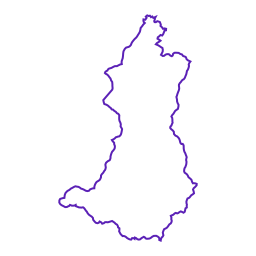 the district of São Carlos, São Paulo, Brazil
{"feature_id": "56859067B32225798808960", "entity_name": "São Carlos", "entity_type": "district", "adm_level": 2, "iso_a3": "BRA", "parent_name": "Brazil", "parent_adm1": "São Paulo", "projection": "orthographic", "projection_center": [-47.873, -21.879], "detail": "fine", "context": "isolated", "style": "outline", "palette": "violet", "viewbox_px": 256, "rotation_deg": 0, "n_neighbors": 0, "source": "geoboundaries", "source_scale": "gbopen_adm2", "svg_char_len": 5269}
<svg xmlns="http://www.w3.org/2000/svg" viewBox="0 0 256 256"><path d="M104.9,73.0L105.7,73.8L106.7,74.2L108.2,75.5L109.5,77.3L110.5,78.5L111.1,80.4L112.2,82.0L112.4,84.3L112.4,85.9L112.6,88.2L112.3,89.6L103.3,100.1L103.7,102.1L104.3,104.0L106.1,104.6L107.1,105.1L108.3,105.9L109.6,107.2L110.7,107.9L111.7,109.4L113.0,109.6L114.3,110.9L115.8,111.8L116.9,113.2L118.3,113.8L119.3,115.3L119.2,117.0L119.2,119.2L119.5,120.9L120.3,122.5L120.8,124.2L120.6,126.5L121.3,127.6L122.1,129.1L121.7,131.3L121.3,133.2L120.8,134.7L119.4,136.3L117.9,136.6L116.8,137.0L115.8,137.3L114.9,138.3L113.5,139.3L111.9,140.0L112.7,141.3L114.1,142.7L114.2,144.3L114.8,145.7L114.9,146.9L114.6,148.6L113.2,150.6L112.2,151.6L111.4,153.4L110.9,155.0L110.5,156.6L110.5,158.0L110.2,159.1L109.7,160.2L107.8,161.2L106.1,162.7L105.4,164.4L105.5,165.7L105.8,167.3L105.5,168.9L105.0,170.1L104.2,171.0L103.6,172.1L102.9,173.1L101.8,174.2L101.0,175.5L101.0,177.2L100.4,178.7L99.7,179.9L98.5,180.8L97.1,181.6L96.3,182.3L95.5,183.6L94.9,184.9L94.4,186.5L94.3,188.3L92.6,188.4L91.3,188.9L90.2,189.3L88.9,190.8L87.3,191.1L85.7,190.7L84.2,189.8L82.5,189.0L81.2,188.7L80.1,187.8L78.6,186.9L76.8,186.6L75.4,186.3L74.2,186.8L71.9,188.1L70.7,188.7L69.8,189.6L68.7,190.3L67.5,190.9L66.7,191.7L65.6,192.9L64.9,194.5L64.6,196.0L64.4,197.9L62.8,198.1L61.2,198.6L60.2,198.9L59.4,200.3L59.3,202.5L60.0,203.8L60.8,204.6L61.8,205.3L63.6,206.2L65.2,207.1L66.9,207.0L68.2,206.3L69.2,205.9L70.0,204.9L72.0,205.7L74.4,205.6L75.7,204.9L75.9,206.2L79.0,207.4L81.5,207.6L83.0,207.3L84.0,208.0L85.0,209.3L85.9,210.7L86.8,211.6L87.5,213.0L88.8,214.6L90.3,215.7L91.7,216.6L92.9,217.9L93.2,219.8L94.4,221.3L95.7,222.7L97.4,223.2L98.7,222.8L99.6,221.5L101.3,222.4L102.2,223.7L103.8,223.2L105.0,222.2L106.3,222.1L107.8,222.3L109.5,221.8L112.1,221.0L113.6,222.0L114.6,222.7L115.6,223.8L117.1,224.7L117.9,226.2L118.1,227.4L119.4,228.3L119.4,230.1L119.1,231.2L119.8,232.6L120.5,233.9L121.4,234.9L122.6,236.1L123.8,236.0L125.0,236.4L126.0,237.0L127.2,238.1L129.0,239.1L130.2,239.5L131.3,239.5L132.1,238.1L133.5,238.1L134.6,238.9L134.9,237.6L136.1,238.1L137.3,239.2L138.8,239.6L140.2,239.3L141.4,238.2L142.4,237.6L143.8,236.8L145.0,237.5L145.6,238.4L146.9,238.8L149.2,238.6L150.5,238.1L152.4,236.6L153.8,235.9L156.2,235.8L157.6,236.5L158.8,237.4L159.3,238.5L159.3,240.0L160.7,240.6L160.9,239.4L161.5,237.7L162.7,236.6L163.4,235.3L163.1,234.1L162.8,232.6L163.3,231.1L164.1,229.2L165.8,228.4L167.0,227.6L168.1,226.2L169.3,224.4L170.8,223.4L171.6,221.8L171.7,220.5L171.3,219.3L171.4,217.4L170.8,215.8L172.1,215.2L173.2,214.8L174.7,213.4L175.8,212.9L177.2,213.4L178.3,213.0L179.4,212.1L180.8,211.4L182.2,212.0L183.5,212.7L184.7,211.8L185.0,210.7L185.5,208.3L186.8,207.5L186.7,205.9L186.9,204.6L186.5,203.3L186.4,201.6L186.8,200.2L187.5,198.5L189.3,197.7L190.4,196.4L191.2,195.3L192.8,194.3L194.0,193.3L193.6,191.2L193.0,189.5L193.7,188.2L195.0,187.1L196.6,185.3L196.7,183.9L195.4,183.4L194.0,183.2L192.9,183.3L192.1,181.9L191.4,179.7L190.1,178.5L188.5,177.2L187.8,175.6L186.9,174.3L186.0,173.6L184.6,172.6L184.1,171.2L184.2,169.8L184.5,168.3L185.4,166.9L185.8,165.7L186.2,164.6L186.4,163.2L186.5,161.8L186.1,160.0L186.4,158.3L186.7,157.2L186.3,156.0L185.8,154.8L185.3,153.3L184.4,151.7L184.0,150.3L183.7,148.4L183.7,146.8L183.6,145.3L182.7,143.9L181.4,144.0L180.6,143.2L180.2,142.2L179.7,140.1L179.0,138.4L178.2,137.5L177.3,136.5L175.4,135.6L174.0,134.0L173.8,131.7L172.6,130.3L171.2,129.2L170.2,127.9L170.4,126.6L171.4,125.6L171.9,124.2L172.6,122.7L172.4,121.5L172.4,119.7L172.2,117.9L171.4,116.5L172.2,115.1L173.4,113.8L174.2,112.5L175.0,111.1L175.9,110.3L177.9,108.9L178.2,107.6L178.5,106.0L178.5,104.6L177.8,103.5L177.1,101.5L177.0,99.6L176.7,98.2L176.4,96.9L176.9,95.8L177.4,94.0L178.1,92.1L178.8,90.4L179.2,88.7L179.1,87.1L178.9,85.8L179.0,84.5L179.9,83.0L180.8,82.1L181.6,80.9L182.5,79.9L183.7,79.3L184.6,78.2L185.2,76.9L185.6,75.8L186.2,74.5L186.7,72.3L186.9,71.0L187.9,69.6L188.6,67.7L189.0,66.0L188.7,64.5L189.3,63.0L190.4,61.5L187.9,60.3L186.6,59.2L186.2,58.0L185.7,57.0L184.6,56.5L183.1,56.0L181.9,54.4L180.3,54.0L178.7,52.9L175.7,52.7L174.4,52.8L173.1,53.8L172.7,55.5L171.8,56.2L170.5,55.7L169.0,54.3L168.0,54.1L166.8,54.2L165.6,54.6L164.1,55.8L162.8,56.0L161.0,54.8L162.1,52.8L162.7,51.5L162.8,49.6L162.4,47.9L161.4,47.4L159.5,46.1L158.0,45.2L155.9,44.3L156.9,43.1L159.0,41.8L160.5,40.7L159.5,39.9L157.5,38.7L157.8,37.3L159.2,36.3L160.5,35.0L162.2,35.5L163.2,34.1L164.0,32.1L164.6,30.5L166.0,30.3L166.1,28.8L164.5,28.4L163.0,28.8L162.0,27.3L160.5,25.9L160.8,24.6L160.4,23.5L159.9,22.1L158.7,21.6L157.3,21.2L155.8,22.2L154.6,22.1L154.2,21.1L154.8,19.5L154.9,18.3L155.6,16.9L153.3,17.9L152.3,16.5L151.0,17.2L149.9,15.7L148.6,16.0L147.2,15.4L145.8,16.6L146.6,17.8L145.3,19.7L143.5,19.4L143.4,20.8L143.8,22.1L144.8,23.0L143.2,24.6L142.5,25.7L141.7,26.7L140.6,28.1L140.4,29.6L139.9,31.7L139.3,32.8L138.6,34.0L137.8,35.2L137.1,36.4L136.2,37.6L135.3,38.4L134.5,39.2L133.8,40.0L132.3,41.9L131.4,43.5L131.0,44.8L129.9,46.1L128.7,46.9L127.1,47.3L126.1,47.6L124.8,48.9L123.5,51.3L123.2,53.2L123.0,55.9L122.7,58.2L121.7,61.1L121.6,62.7L121.8,64.1L120.1,64.5L118.7,65.2L117.0,66.1L115.0,66.1L113.4,66.8L112.4,67.4L111.2,68.0L109.0,68.6L108.0,69.4L107.4,70.6L106.5,71.0L105.4,71.8L104.9,73.0Z" fill="none" stroke="#5b21b6" stroke-width="2"/></svg>